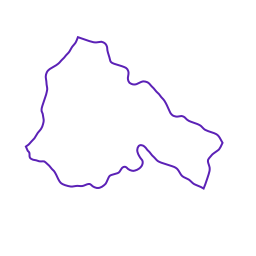 outline of El Factor, María Trinidad Sánchez, Dominican Republic, rotated 198°
{"feature_id": "3306468B48172399013768", "entity_name": "El Factor", "entity_type": "district", "adm_level": 2, "iso_a3": "DOM", "parent_name": "Dominican Republic", "parent_adm1": "María Trinidad Sánchez", "projection": "robinson", "projection_center": [-69.924, 19.288], "detail": "fine", "context": "isolated", "style": "outline", "palette": "violet", "viewbox_px": 256, "rotation_deg": 198, "n_neighbors": 0, "source": "geoboundaries", "source_scale": "gbopen_adm2", "svg_char_len": 3297}
<svg xmlns="http://www.w3.org/2000/svg" viewBox="0 0 256 256"><g transform="rotate(198 128 128)"><path d="M203.7,198.9L203.9,195.5L204.2,193.1L204.7,191.6L206.1,188.2L206.5,186.7L207.3,182.8L207.8,181.3L209.4,178.0L210.5,175.1L212.2,171.8L213.4,169.0L214.2,167.6L215.7,165.5L219.6,161.1L220.7,159.8L221.6,158.3L222.0,157.5L222.4,156.0L222.5,153.5L222.2,151.9L222.0,151.1L221.4,149.8L220.1,147.2L218.9,144.3L217.2,141.0L216.7,139.5L216.6,138.7L216.4,137.0L216.2,134.3L216.3,122.8L216.2,120.3L215.9,118.8L215.4,117.4L213.5,115.1L210.9,110.1L210.6,109.4L210.2,107.8L210.0,105.3L210.0,102.8L210.4,100.4L210.9,98.9L212.3,95.5L213.8,89.3L215.7,85.3L216.9,82.5L217.6,81.2L219.4,78.8L216.3,75.3L215.2,74.8L214.3,74.1L213.7,73.0L212.9,70.7L212.2,69.6L211.7,69.2L210.5,68.7L208.4,68.5L205.3,68.9L202.2,68.9L200.9,69.2L198.6,70.0L197.4,70.3L196.9,70.2L195.7,69.8L191.3,67.8L187.7,65.5L185.1,64.2L183.8,63.2L181.9,61.4L178.4,57.7L176.5,56.0L175.1,55.1L174.4,54.8L172.8,54.4L170.3,54.2L167.1,54.3L164.6,54.6L163.1,55.0L159.3,56.9L158.0,57.4L155.1,58.1L153.7,58.6L152.4,59.4L149.5,61.8L148.3,62.5L147.7,62.7L147.1,62.9L146.5,62.8L145.4,62.5L143.7,61.7L141.6,61.3L139.4,61.3L137.9,61.7L136.5,62.4L134.7,64.0L133.2,66.0L132.4,67.4L132.0,68.2L131.7,69.8L131.1,75.2L130.7,76.6L130.3,77.2L129.4,78.1L124.0,81.8L123.1,82.7L122.5,83.9L121.8,86.6L121.4,87.9L121.1,88.5L120.3,89.5L119.2,90.1L118.6,90.2L118.1,90.2L117.0,89.9L115.4,89.1L113.3,88.6L111.1,88.6L109.6,88.9L108.2,89.7L106.3,91.2L104.7,93.1L103.9,94.5L103.3,96.1L103.1,97.6L103.2,99.2L103.7,100.6L104.1,101.2L104.5,101.7L107.3,103.6L109.1,105.2L110.2,106.3L111.7,108.3L112.4,109.8L112.5,110.6L112.7,112.1L112.4,113.6L112.2,114.3L111.7,114.9L111.1,115.4L110.5,115.7L109.8,115.8L108.4,115.9L107.1,115.6L106.4,115.3L105.1,114.7L102.8,113.1L100.2,111.8L96.6,109.4L93.9,108.1L90.9,106.4L89.5,105.8L88.0,105.5L85.6,105.3L74.2,105.3L71.8,105.2L70.3,104.9L68.8,104.4L68.1,104.0L66.8,103.1L63.2,100.0L61.9,99.2L61.2,98.9L59.7,98.5L55.3,97.9L53.8,97.6L52.4,97.0L49.4,95.6L47.8,95.1L46.2,94.9L40.4,94.4L37.4,93.8L37.1,98.2L37.0,104.5L37.0,109.0L37.2,112.5L37.6,114.2L38.2,115.7L39.1,117.1L40.9,119.6L41.6,120.8L41.8,121.5L42.0,122.2L41.9,122.9L41.6,124.2L39.7,128.8L38.8,130.2L35.9,134.1L35.0,135.4L34.7,136.2L34.1,138.6L33.5,143.1L37.8,147.1L39.1,148.1L40.5,148.9L42.0,149.4L44.4,149.7L50.9,149.8L54.1,150.1L55.6,150.6L58.7,152.2L59.3,152.5L60.8,152.9L63.1,153.2L70.1,153.4L72.4,153.6L74.5,154.2L77.5,155.7L78.8,156.0L80.2,156.0L80.9,155.9L82.1,155.3L84.5,154.1L85.9,153.7L88.1,153.6L89.5,153.8L91.0,154.5L92.3,155.4L94.0,157.2L98.0,161.6L99.8,163.4L101.7,165.1L103.3,166.2L106.0,167.7L109.0,169.8L112.3,171.4L115.9,173.7L118.5,175.0L121.5,176.8L122.9,177.3L123.6,177.5L125.8,177.5L127.3,177.2L128.0,177.0L128.7,176.6L129.9,175.7L133.4,172.4L134.7,171.6L135.5,171.3L136.9,171.0L138.4,171.0L139.9,171.3L140.6,171.5L141.7,172.4L142.2,172.9L143.0,174.1L143.6,175.6L144.2,179.3L144.6,180.8L145.3,182.1L146.3,183.2L146.8,183.7L148.2,184.4L148.9,184.6L150.5,184.8L152.9,184.9L161.0,184.8L163.2,185.0L164.6,185.5L165.1,185.9L165.6,186.4L167.5,189.4L170.3,193.4L171.6,195.5L172.8,198.3L173.2,198.9L174.1,200.0L175.2,200.9L176.5,201.5L177.9,201.8L180.0,201.8L184.4,199.7L185.9,199.2L187.5,198.9L191.7,198.7L203.7,198.9Z" fill="none" stroke="#5b21b6" stroke-width="2"/></g></svg>